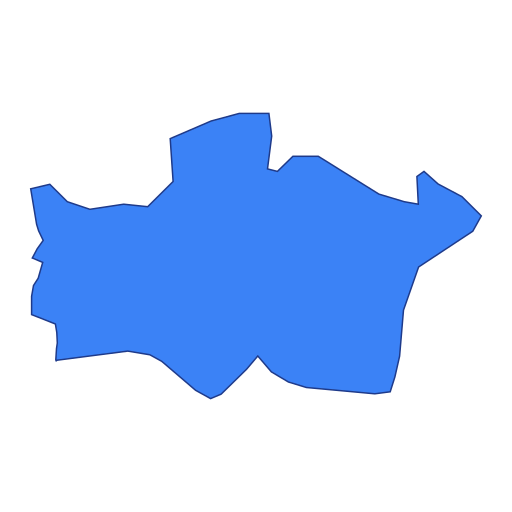 an SVG outline of Kraslavas
{"feature_id": "LVA-1064", "entity_name": "Kraslavas", "entity_type": "Municipality", "adm_level": 1, "iso_a3": "LVA", "parent_name": "Latvia", "parent_adm1": "", "projection": "mercator", "projection_center": [27.268, 55.934], "detail": "fine", "context": "isolated", "style": "filled", "palette": "blue", "viewbox_px": 512, "rotation_deg": 0, "n_neighbors": 0, "source": "natural_earth", "source_scale": "10m", "svg_char_len": 842}
<svg xmlns="http://www.w3.org/2000/svg" viewBox="0 0 512 512"><path d="M481.3,215.9L472.8,231.2L418.6,267.0L403.5,310.1L399.6,356.2L394.9,376.9L390.2,391.8L374.8,393.8L306.4,387.5L288.4,382.0L271.4,371.9L257.8,356.0L246.6,369.2L221.2,394.1L210.6,398.6L195.6,390.3L161.7,361.3L149.9,354.8L127.7,351.1L57.1,360.2L56.2,360.8L56.0,360.3L55.8,360.0L56.5,348.5L57.3,343.0L56.8,332.6L55.4,324.0L31.6,314.6L31.6,296.3L33.5,285.5L38.2,278.2L42.7,262.4L32.3,258.0L37.2,248.8L43.2,240.4L38.6,230.8L36.6,224.3L30.7,188.8L49.8,184.3L67.3,201.7L89.9,209.3L123.7,204.2L147.7,206.7L173.1,181.5L170.2,138.6L211.1,121.0L239.3,113.4L268.9,113.4L271.7,136.1L267.5,168.9L277.4,171.4L292.9,156.3L318.3,156.3L378.9,194.1L404.2,201.7L418.3,204.2L416.9,176.5L424.0,171.4L438.1,184.0L462.0,196.7L481.3,215.9Z" fill="#3b82f6" stroke="#1e3a8a" stroke-width="1.5"/></svg>